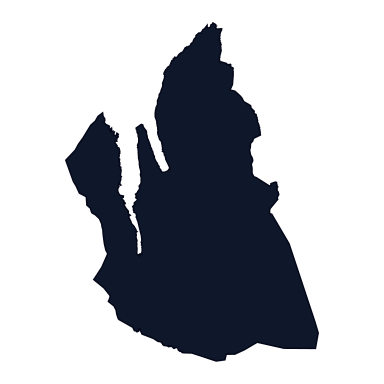 Húnaþing vestra, Norðurland vestra, Iceland (Mercator projection)
{"feature_id": "244011B78038893235430", "entity_name": "Húnaþing vestra", "entity_type": "district", "adm_level": 2, "iso_a3": "ISL", "parent_name": "Iceland", "parent_adm1": "Norðurland vestra", "projection": "mercator", "projection_center": [-20.962, 65.308], "detail": "fine", "context": "isolated", "style": "filled", "palette": "ink", "viewbox_px": 384, "rotation_deg": 0, "n_neighbors": 0, "source": "geoboundaries", "source_scale": "gbopen_adm2", "svg_char_len": 6018}
<svg xmlns="http://www.w3.org/2000/svg" viewBox="0 0 384 384"><path d="M315.4,348.4L318.2,333.0L314.9,321.9L289.0,243.7L271.7,214.2L269.6,213.7L269.6,210.1L270.1,208.5L277.7,199.3L277.3,198.4L277.4,197.1L278.8,194.3L278.3,193.3L278.2,192.2L276.6,189.6L276.9,189.3L276.5,189.2L277.7,186.8L276.8,185.4L276.9,184.2L276.3,183.3L276.5,182.4L275.2,182.1L271.1,183.6L270.8,183.9L271.0,184.8L270.7,185.7L269.6,186.1L256.3,177.7L253.7,176.7L252.0,173.2L252.0,167.9L251.2,164.3L252.7,160.8L252.7,160.1L252.0,157.5L250.5,155.0L249.6,150.1L250.3,147.4L250.5,143.5L252.8,140.9L252.9,139.8L253.9,138.1L260.4,135.0L260.1,133.2L260.2,132.1L259.5,130.4L259.9,130.0L259.3,128.3L259.6,127.3L258.7,126.3L259.0,125.4L257.2,121.1L257.6,120.4L256.9,118.5L257.1,117.4L256.0,116.5L256.3,115.6L256.0,114.4L254.0,113.6L253.8,112.4L254.2,112.0L254.1,111.1L253.3,111.3L253.2,110.2L250.7,107.8L250.9,107.0L250.5,105.6L243.7,101.6L242.0,98.2L240.4,96.2L234.9,91.2L230.5,90.1L230.4,89.0L232.4,84.6L233.1,75.3L233.1,71.8L232.8,69.6L233.2,68.2L230.3,66.5L230.8,65.0L230.5,64.4L227.2,64.8L226.6,63.5L221.2,61.9L220.3,62.7L219.5,60.1L219.3,58.4L219.8,57.4L219.6,56.4L221.2,50.2L220.7,49.3L220.9,48.4L220.6,46.2L221.0,44.4L220.5,44.2L220.5,42.5L219.6,41.5L220.0,40.4L219.2,39.6L219.9,38.3L219.4,37.3L219.9,35.7L219.9,34.0L220.7,31.5L221.5,30.1L221.6,28.8L216.5,29.1L215.5,27.2L216.0,26.5L215.5,26.6L215.8,25.4L215.7,24.6L212.9,23.0L211.9,24.7L211.0,24.8L210.6,26.8L210.0,27.4L207.9,28.0L207.2,27.4L207.1,25.4L204.5,28.8L202.9,29.7L202.2,31.3L201.0,32.5L201.0,33.4L199.0,32.9L196.2,35.3L195.9,35.9L196.2,36.9L194.3,38.9L193.4,40.6L193.2,42.0L191.1,43.6L189.9,46.2L188.3,46.4L186.8,47.9L186.6,47.2L185.9,48.0L185.3,47.7L183.0,51.8L180.1,53.4L178.4,55.1L177.5,56.9L176.1,57.7L174.8,57.2L174.5,58.1L173.4,58.5L173.6,59.6L171.9,60.7L169.8,65.9L167.4,67.5L166.8,68.9L165.8,69.6L164.1,72.9L164.0,74.4L164.9,75.0L164.5,77.0L164.7,77.6L162.6,83.5L162.9,84.1L162.6,86.8L161.2,90.2L160.9,91.9L159.1,94.9L159.3,96.2L157.5,100.7L157.6,104.3L156.0,107.9L156.2,108.6L155.7,109.4L155.2,113.3L155.3,117.0L156.6,120.6L156.9,122.2L156.9,124.0L157.3,124.5L157.3,126.1L157.8,127.1L157.8,129.4L158.2,130.3L157.7,131.8L157.9,134.0L159.7,139.5L161.4,141.3L162.4,146.3L162.6,148.8L162.4,149.5L163.0,150.3L162.7,151.7L163.2,151.1L163.6,151.6L163.1,151.7L164.1,152.3L164.4,155.0L165.2,155.9L165.9,159.5L169.5,167.0L169.8,169.6L169.2,169.6L169.4,169.0L169.3,168.9L167.8,170.9L165.3,172.1L162.4,172.4L161.3,171.5L160.9,170.2L159.1,168.0L158.9,167.4L159.1,166.5L158.1,165.5L157.1,163.0L156.1,161.8L154.4,158.3L154.3,156.4L153.1,154.2L152.8,151.9L151.5,149.5L151.5,148.5L150.4,147.1L150.4,145.9L148.0,139.3L147.3,138.3L147.1,136.0L146.4,133.7L146.5,132.4L146.0,131.5L146.3,131.1L143.2,127.0L142.8,125.0L141.3,124.4L136.2,128.0L136.3,129.3L137.1,130.2L137.0,131.7L137.5,132.0L137.2,132.5L138.4,134.8L138.1,135.5L138.3,136.9L138.8,138.1L138.7,142.3L137.5,145.3L138.1,146.7L137.6,147.5L138.2,147.8L138.0,148.2L138.4,152.3L138.2,152.8L138.6,153.5L138.3,154.9L138.7,155.9L138.5,157.4L139.4,162.0L139.4,164.3L139.9,167.7L140.8,170.9L140.9,172.6L140.4,174.8L141.2,177.5L141.2,182.2L140.8,184.0L139.1,186.2L139.6,187.2L139.4,189.4L137.8,191.5L137.6,192.5L135.5,194.2L136.4,196.2L135.7,197.6L137.4,199.2L137.5,200.2L134.4,202.7L134.3,203.7L134.7,203.9L134.7,204.6L132.7,206.6L133.6,208.2L133.4,208.9L133.5,210.4L134.3,210.8L133.8,212.1L135.8,213.1L136.3,214.3L136.6,215.7L136.2,217.1L137.0,218.4L137.1,219.6L137.8,220.8L141.4,235.6L141.9,240.2L141.3,242.5L141.9,242.9L141.6,243.8L141.9,244.3L141.5,245.0L142.3,245.9L141.9,247.6L142.2,248.4L142.1,252.2L141.6,253.1L141.7,254.4L140.3,253.9L139.8,254.4L140.0,255.3L139.6,255.5L139.4,254.9L139.2,255.3L139.1,254.8L137.3,254.5L136.7,253.5L137.0,248.4L136.6,246.2L136.8,244.0L136.5,242.5L137.0,240.7L135.9,237.2L136.3,234.5L136.0,234.2L135.9,233.0L136.0,232.2L136.9,231.7L136.4,231.4L135.9,229.7L134.1,226.5L131.5,223.6L130.3,220.2L129.4,219.1L129.5,218.4L128.6,217.3L128.7,216.3L130.2,215.3L128.5,214.0L128.2,212.3L128.4,211.3L125.8,208.1L123.8,204.6L124.0,203.7L125.2,203.6L125.0,202.8L124.0,202.4L124.0,201.1L121.9,198.8L122.0,197.6L123.2,197.4L123.4,196.0L120.0,195.3L119.0,194.1L117.8,191.4L117.6,189.0L119.0,186.2L118.6,185.4L118.6,183.9L119.9,182.9L119.8,182.3L120.8,179.6L120.6,178.8L121.0,176.9L121.3,176.7L120.4,175.5L121.0,171.0L121.1,169.9L120.5,168.4L120.8,167.3L119.3,166.3L119.8,164.6L119.8,162.7L119.2,161.6L119.6,159.2L119.4,158.7L119.4,159.4L118.8,159.1L119.0,158.2L118.6,157.4L119.3,155.7L118.9,154.1L119.8,153.3L119.6,152.0L119.8,151.2L118.9,148.0L117.4,147.5L116.7,146.3L117.1,145.9L114.9,142.6L115.1,141.2L116.8,141.2L116.5,140.2L117.5,136.9L118.2,136.9L118.1,135.9L118.5,135.6L118.1,135.9L117.8,135.1L118.3,134.3L116.9,133.2L116.3,135.1L115.5,135.8L113.6,134.8L114.3,132.0L113.2,132.2L112.7,131.8L112.9,131.2L111.6,131.4L111.6,129.9L110.7,131.3L110.6,129.9L111.0,128.5L109.5,129.6L108.9,128.4L109.4,126.6L109.0,125.9L105.9,124.5L104.5,122.9L104.2,122.2L104.8,120.4L104.6,118.4L103.1,116.6L102.6,112.9L98.0,116.4L95.4,121.1L90.8,125.2L83.0,138.0L78.4,144.4L75.3,150.2L65.8,160.2L73.5,181.6L76.2,186.0L79.4,193.1L86.3,196.7L86.9,205.1L90.4,208.2L91.6,212.2L92.2,213.0L95.4,214.8L99.5,218.7L101.7,223.9L102.1,227.1L102.9,229.6L103.1,233.7L104.4,243.7L105.9,250.1L107.5,253.1L107.6,254.2L101.8,267.4L93.8,279.6L103.9,287.8L110.0,295.5L110.1,296.3L109.9,297.9L108.4,301.5L114.0,305.9L116.1,310.0L116.9,314.5L118.3,318.7L119.0,319.5L132.8,327.3L134.4,330.6L136.5,331.1L136.9,331.8L138.6,331.2L138.8,330.7L138.4,330.0L138.9,329.7L138.6,329.0L139.6,328.6L142.1,334.1L153.5,338.4L158.0,341.4L161.1,341.8L161.5,342.8L162.4,343.2L162.8,344.6L164.2,345.5L167.0,345.8L168.7,346.7L169.1,345.9L170.1,346.5L171.2,345.9L173.9,348.4L176.4,347.4L178.1,348.3L178.1,349.4L178.4,350.1L180.0,351.3L181.5,351.3L181.7,352.1L182.8,352.7L191.9,353.0L216.2,361.0L224.9,359.8L226.2,354.2L234.9,354.1L244.2,349.8L257.2,342.2L284.0,348.2L315.4,348.4ZM121.3,185.7L120.3,184.3L119.8,184.2L121.3,185.7Z" fill="#0f172a" stroke="#020617" stroke-width="1.5"/></svg>